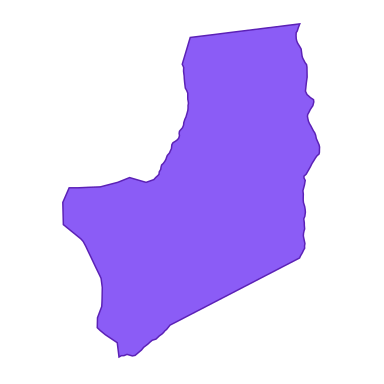 Tamboril do Piauí, Piauí, Brazil (Albers equal-area conic projection), rotated 175°
{"feature_id": "56859067B55913234108674", "entity_name": "Tamboril do Piauí", "entity_type": "district", "adm_level": 2, "iso_a3": "BRA", "parent_name": "Brazil", "parent_adm1": "Piauí", "projection": "albers", "projection_center": [-43.099, -8.486], "detail": "fine", "context": "isolated", "style": "filled", "palette": "violet", "viewbox_px": 384, "rotation_deg": 175, "n_neighbors": 0, "source": "geoboundaries", "source_scale": "gbopen_adm2", "svg_char_len": 2258}
<svg xmlns="http://www.w3.org/2000/svg" viewBox="0 0 384 384"><g transform="rotate(175 192 192)"><path d="M279.1,34.0L276.6,35.1L274.1,34.9L270.9,35.9L268.0,34.8L265.7,33.9L262.9,34.2L258.5,37.3L256.1,39.0L253.7,41.5L249.1,44.4L246.7,46.3L244.5,47.8L240.7,48.6L237.1,51.5L234.2,53.2L232.6,54.5L231.1,56.1L229.3,57.3L227.3,59.4L225.5,61.3L90.6,116.9L89.4,119.0L87.3,122.0L85.9,124.4L84.7,126.1L84.6,128.4L84.0,130.8L84.7,136.5L84.9,138.6L84.5,141.1L83.8,143.4L83.0,145.4L83.0,149.2L82.8,151.4L83.0,155.5L81.7,158.0L80.8,162.0L80.8,164.8L81.0,167.6L81.9,171.8L81.9,174.5L81.6,177.6L81.3,180.1L81.4,183.6L79.3,189.4L78.2,193.7L79.2,196.1L79.1,198.0L76.7,199.8L72.0,206.6L70.0,209.9L68.0,212.5L66.1,215.1L64.4,217.1L62.1,218.8L61.6,220.5L61.4,222.5L61.0,225.7L61.3,227.9L63.5,234.4L63.9,237.9L64.6,240.3L65.7,242.3L67.9,247.6L68.9,249.6L69.8,252.2L70.2,255.0L70.4,257.4L70.0,259.1L68.5,261.3L67.0,263.8L65.6,265.6L64.1,267.4L62.8,271.1L62.9,273.4L65.9,275.8L67.7,277.8L68.9,279.0L70.2,282.5L68.6,290.7L67.3,296.4L66.6,306.4L66.8,309.0L68.1,311.0L70.1,315.9L70.5,318.0L70.6,320.0L70.8,324.9L71.6,326.7L73.8,331.1L74.5,333.3L74.8,335.6L74.7,338.8L74.3,341.7L73.1,343.2L71.8,346.4L70.0,350.1L141.8,347.5L156.9,346.9L180.3,346.1L190.6,320.1L189.9,318.3L189.4,316.6L189.7,314.8L189.9,312.8L189.8,310.4L189.7,308.3L189.8,305.6L189.8,302.3L189.7,299.4L189.6,296.1L188.5,293.7L187.6,290.9L187.9,287.6L188.1,284.8L187.9,282.7L187.8,280.8L188.4,278.5L188.6,276.1L189.0,273.8L189.9,271.3L190.7,269.3L191.4,267.4L192.7,265.2L194.1,261.9L194.6,259.3L195.9,256.8L197.8,255.0L199.2,253.6L199.7,251.6L199.6,249.1L200.5,246.9L201.9,245.4L204.1,244.0L206.6,242.8L207.9,241.0L208.3,239.1L208.7,237.0L209.7,235.3L211.1,232.8L213.4,230.6L214.3,228.8L215.1,226.9L216.5,224.8L218.2,222.9L219.9,221.6L220.7,219.4L221.2,217.2L222.8,215.1L223.4,212.4L224.9,211.1L226.9,209.6L228.9,207.7L236.9,205.6L252.9,211.8L265.1,208.1L283.0,205.1L295.1,205.7L305.0,206.1L314.0,206.9L321.6,192.9L323.0,170.7L306.9,155.1L304.7,152.2L302.5,147.1L301.2,143.5L298.0,135.0L294.6,125.8L291.0,116.4L290.1,113.8L289.7,104.7L290.8,94.2L291.1,91.6L291.4,89.2L291.9,85.8L295.9,77.5L297.1,75.0L298.2,65.1L295.6,62.1L290.8,57.4L279.6,48.4L279.1,34.0Z" fill="#8b5cf6" stroke="#5b21b6" stroke-width="1.5"/></g></svg>